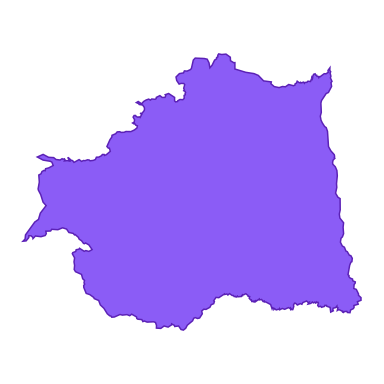 Atebubu Amantin, Brong Ahafo, Ghana (orthographic projection)
{"feature_id": "2480657B7685147466351", "entity_name": "Atebubu Amantin", "entity_type": "district", "adm_level": 2, "iso_a3": "GHA", "parent_name": "Ghana", "parent_adm1": "Brong Ahafo", "projection": "orthographic", "projection_center": [-1.011, 7.728], "detail": "fine", "context": "isolated", "style": "filled", "palette": "violet", "viewbox_px": 384, "rotation_deg": 0, "n_neighbors": 0, "source": "geoboundaries", "source_scale": "gbopen_adm2", "svg_char_len": 5914}
<svg xmlns="http://www.w3.org/2000/svg" viewBox="0 0 384 384"><path d="M76.2,249.7L75.7,251.5L72.8,252.6L72.3,253.7L74.6,257.9L74.0,261.9L74.6,265.5L74.2,269.5L75.5,271.7L81.5,274.4L82.7,278.8L84.5,280.4L84.0,282.9L84.7,284.1L83.7,285.5L83.8,287.5L86.2,293.4L89.8,294.6L93.8,297.5L94.2,298.6L98.7,300.5L100.3,304.9L103.9,308.3L107.3,313.8L109.7,315.8L110.9,316.0L111.7,317.2L114.4,317.0L120.0,314.5L122.4,315.1L127.0,314.6L129.7,315.7L131.7,314.2L136.5,316.9L136.8,318.5L137.8,319.2L141.8,319.6L142.9,321.6L144.2,321.0L147.1,322.1L153.7,321.8L155.5,322.5L156.5,325.4L156.4,328.1L160.8,328.4L164.1,326.0L168.1,327.1L171.7,324.8L171.7,323.9L174.4,325.4L174.7,326.5L178.6,326.0L181.0,329.5L183.4,330.1L185.7,328.3L187.3,325.2L192.6,320.8L193.7,318.3L195.2,317.6L197.6,318.5L199.6,318.0L202.3,313.8L201.7,311.0L203.8,309.2L206.0,309.4L209.9,307.3L211.2,304.7L213.7,303.7L214.4,301.5L213.7,300.8L216.0,297.4L218.8,297.7L224.4,294.0L224.5,294.5L226.9,294.0L227.9,295.0L229.5,293.6L232.2,295.5L233.4,295.5L234.2,296.6L235.4,296.4L236.1,297.1L237.4,296.1L237.8,296.8L241.4,296.5L241.7,295.6L242.5,295.7L242.6,294.6L243.7,294.8L245.8,293.7L248.0,295.5L248.1,296.3L249.7,296.6L249.2,298.3L250.7,300.0L251.4,299.9L251.8,301.5L253.4,301.2L253.4,301.8L254.5,301.9L254.5,301.2L255.6,300.5L256.2,300.6L256.0,301.3L259.3,299.0L259.4,299.9L261.6,299.5L263.0,301.4L264.2,301.0L264.3,302.0L265.6,301.9L270.6,304.5L272.1,308.9L272.6,307.7L273.7,308.3L273.9,309.4L274.5,308.6L276.2,309.9L278.7,309.2L279.5,309.7L279.6,309.0L279.9,309.6L282.3,308.5L284.7,309.3L288.4,307.6L290.0,308.4L290.4,308.0L290.6,309.4L291.2,308.8L291.9,309.7L292.8,309.6L293.8,306.4L293.5,305.0L294.5,303.2L295.6,303.3L297.3,305.0L297.9,304.6L297.7,304.1L298.3,304.6L300.2,303.6L301.9,304.3L302.8,302.6L306.6,301.0L308.3,302.6L309.0,302.3L308.0,304.1L310.8,303.4L312.3,302.0L313.3,302.9L314.7,302.2L315.4,303.0L316.2,302.1L316.4,302.7L317.9,302.2L318.4,303.0L317.7,305.4L318.6,306.7L320.7,306.3L321.5,307.3L324.5,306.4L324.8,305.4L326.5,305.4L326.8,306.3L330.1,307.4L330.7,312.1L333.3,310.8L332.8,310.0L333.2,308.2L335.7,307.6L336.9,306.1L337.0,307.3L337.9,307.7L337.3,310.5L338.9,309.6L341.9,311.0L342.5,311.9L342.9,311.4L343.5,312.4L344.7,311.5L346.9,311.4L347.4,312.5L350.0,312.7L350.6,310.0L353.4,308.6L354.1,307.2L353.9,305.5L358.2,304.2L357.4,301.7L361.0,300.3L361.0,297.6L358.5,295.3L358.5,293.9L356.3,289.4L353.8,288.5L354.1,284.6L355.2,283.1L355.3,281.9L352.8,280.8L352.5,279.0L350.2,278.1L348.8,276.6L349.0,275.5L348.0,274.7L349.7,265.2L350.9,262.2L351.9,261.7L352.3,258.3L350.8,255.6L349.4,255.3L347.3,251.7L345.9,251.0L344.4,247.2L342.3,246.0L340.4,242.2L341.0,238.3L342.4,236.9L343.6,233.7L343.1,227.3L343.6,222.8L339.9,218.1L339.3,214.1L340.2,209.9L340.1,198.6L337.9,197.2L335.6,193.2L336.8,187.4L336.5,183.7L337.3,175.8L336.9,170.5L335.3,166.8L332.8,164.2L332.6,162.5L333.0,160.3L334.9,158.2L334.3,157.6L334.6,156.2L334.2,154.6L330.9,150.9L328.5,146.6L327.5,131.3L326.2,127.6L324.6,126.5L322.2,122.7L321.0,120.1L320.3,116.2L321.3,112.4L320.9,103.1L321.5,100.6L326.2,93.5L328.4,92.5L331.6,86.4L331.0,82.6L332.0,81.4L330.4,77.9L330.9,76.2L330.1,72.9L330.7,71.8L329.8,70.4L329.9,67.8L328.0,70.4L328.2,72.4L325.9,73.8L324.2,73.7L320.0,76.8L319.4,76.6L318.8,77.6L318.3,76.5L317.0,76.4L316.7,75.2L315.5,75.0L315.1,73.8L313.6,74.3L312.7,76.5L312.0,76.4L311.7,78.0L312.6,78.0L312.1,79.7L311.2,79.6L310.5,81.5L307.9,81.2L306.9,82.3L304.6,82.5L304.4,83.2L303.3,82.1L301.7,82.9L300.5,82.3L300.2,82.9L298.9,82.5L297.2,81.2L296.4,83.2L295.2,83.7L294.9,85.1L293.5,85.7L288.7,84.5L285.4,86.8L282.5,86.5L279.1,87.6L274.2,86.6L270.9,83.7L271.3,81.9L263.6,80.9L258.3,75.4L254.0,73.6L245.7,72.3L234.9,69.0L234.9,62.6L233.7,62.7L230.5,60.7L230.3,57.2L226.0,54.1L221.7,54.5L218.7,53.9L217.8,55.2L217.8,56.9L216.6,57.5L216.6,58.8L214.6,60.1L212.1,65.2L209.9,67.8L209.0,62.8L207.2,59.2L204.2,58.5L195.2,58.1L193.3,60.1L191.4,68.5L190.4,69.6L187.1,71.1L184.4,70.9L183.5,72.9L179.4,73.6L176.0,77.0L176.7,80.5L179.1,84.1L181.1,83.4L183.8,83.5L184.7,84.6L183.7,88.3L184.3,89.8L183.7,90.7L185.1,91.4L185.6,92.6L185.1,93.3L185.3,94.7L184.1,95.4L184.2,98.4L182.8,99.7L180.0,99.5L177.8,100.7L177.6,101.5L175.6,101.9L174.6,100.9L174.6,97.4L168.6,93.5L165.2,94.7L165.8,95.6L165.0,97.4L162.1,97.4L159.9,95.6L156.3,97.4L156.2,98.6L155.1,99.3L151.7,99.0L150.4,100.1L148.7,99.1L146.1,100.0L143.6,101.5L141.6,103.8L138.2,101.5L136.4,102.6L138.6,103.6L139.2,104.5L142.6,105.0L144.3,107.4L144.5,108.8L144.3,110.4L142.5,112.7L141.6,113.4L140.0,113.3L141.8,114.2L140.1,117.5L139.1,116.8L138.0,117.3L136.1,116.4L135.6,115.5L134.1,115.5L133.1,117.1L134.6,119.8L134.2,122.1L132.6,123.0L134.0,123.9L134.6,123.5L135.8,125.2L137.4,125.8L137.0,127.9L134.5,129.9L130.9,131.6L125.9,131.5L124.1,132.3L121.0,132.4L119.8,131.7L117.2,131.9L115.7,133.7L112.0,135.3L111.8,137.1L110.0,139.6L106.9,146.5L108.3,148.1L109.4,148.2L110.3,151.3L106.3,154.7L104.6,155.4L104.2,154.5L102.4,154.5L101.3,155.8L98.8,157.1L96.4,157.2L95.4,159.5L93.3,160.4L90.0,160.8L89.2,160.0L87.5,159.8L85.0,160.7L83.5,160.5L81.6,161.4L79.1,159.6L74.0,162.4L72.6,160.6L71.2,160.3L68.4,157.7L68.0,157.9L69.7,161.1L67.4,160.6L64.4,160.9L65.0,159.7L64.3,158.8L63.0,159.3L62.1,158.7L60.1,160.0L56.0,159.5L53.7,157.6L48.6,157.3L43.1,154.4L37.3,157.0L43.1,160.1L50.3,161.3L51.9,162.2L53.2,165.5L48.7,167.9L45.6,168.7L45.1,170.7L44.0,170.4L42.0,171.5L41.0,173.8L38.8,175.0L39.3,182.1L38.1,188.9L38.4,190.2L40.7,194.6L43.1,202.2L46.1,205.6L40.3,213.2L38.5,219.4L34.8,222.0L25.5,234.9L25.1,239.0L23.0,241.2L26.1,240.9L28.8,237.6L28.9,235.7L31.1,235.8L32.8,237.4L33.0,238.6L35.4,236.0L41.0,236.7L45.2,235.5L46.3,233.7L45.8,231.2L50.6,231.0L51.7,229.3L57.9,229.7L62.6,227.8L66.6,229.1L68.9,232.5L73.2,233.4L74.5,234.9L75.2,234.6L78.3,237.3L79.2,239.2L81.6,240.8L83.5,243.4L84.4,243.7L85.6,243.0L88.9,244.9L92.1,249.6L88.9,251.4L85.8,250.6L84.2,251.3L79.5,248.3L79.0,249.2L76.2,249.7Z" fill="#8b5cf6" stroke="#5b21b6" stroke-width="1.5"/></svg>